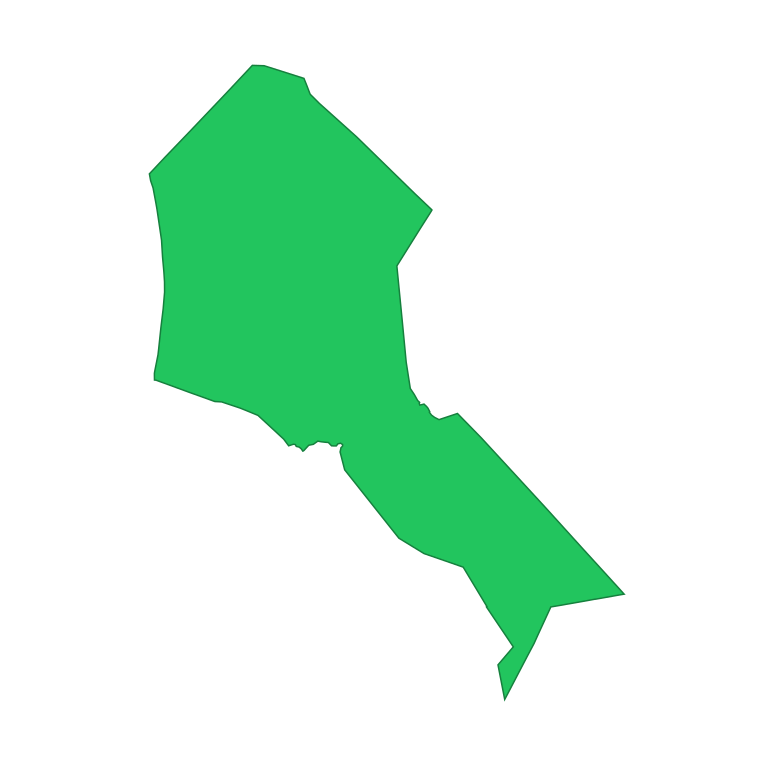 outline of Ad Damar, River Nile, Sudan, rotated 225°
{"feature_id": "16777658B48152145505779", "entity_name": "Ad Damar", "entity_type": "district", "adm_level": 2, "iso_a3": "SDN", "parent_name": "Sudan", "parent_adm1": "River Nile", "projection": "orthographic", "projection_center": [33.881, 17.119], "detail": "fine", "context": "isolated", "style": "filled", "palette": "green", "viewbox_px": 768, "rotation_deg": 225, "n_neighbors": 0, "source": "geoboundaries", "source_scale": "gbopen_adm2", "svg_char_len": 1961}
<svg xmlns="http://www.w3.org/2000/svg" viewBox="0 0 768 768"><g transform="rotate(225 384 384)"><path d="M65.6,405.2L65.8,405.2L77.2,405.8L81.9,406.0L90.4,406.4L129.4,408.2L182.1,410.8L276.8,414.7L311.2,415.1L319.9,397.7L324.5,396.2L328.4,395.6L331.9,396.1L332.1,396.8L334.3,397.5L335.9,398.0L337.9,398.2L338.8,398.2L340.7,398.1L341.5,398.1L342.9,395.8L343.8,394.4L345.4,395.2L345.8,396.2L348.5,396.1L355.2,398.0L362.2,399.4L383.7,415.1L414.6,440.6L419.6,444.7L452.6,471.8L458.4,476.6L468.3,519.6L472.6,538.9L473.1,540.9L473.2,541.0L496.6,540.4L577.9,539.4L628.1,536.7L640.4,536.7L641.4,536.8L649.0,540.2L656.7,543.5L693.8,524.3L702.4,516.2L701.2,478.0L699.9,425.0L699.2,389.4L698.6,370.3L698.5,366.7L692.7,362.7L686.0,359.4L673.3,350.7L667.9,346.9L661.7,342.3L643.0,328.4L630.5,317.3L618.9,307.6L611.4,301.0L604.1,293.8L593.3,281.0L582.0,266.6L568.4,249.8L564.5,244.9L556.4,232.8L554.7,230.3L553.9,229.2L552.7,228.0L549.1,224.5L547.9,225.5L544.0,227.3L540.8,228.8L515.6,240.5L491.2,252.0L486.2,256.5L468.8,265.2L462.7,267.8L450.9,272.7L423.4,273.8L422.9,273.8L416.0,274.1L407.7,272.9L406.4,275.5L405.5,277.3L403.9,278.5L403.1,278.3L402.4,277.9L401.6,278.0L400.7,278.6L399.6,279.3L398.8,279.4L397.8,279.6L396.3,279.6L395.4,279.4L394.0,279.1L393.7,279.6L393.6,280.4L393.6,281.0L393.7,282.8L393.8,285.2L393.9,287.5L391.3,291.4L390.4,296.8L389.5,297.4L387.6,298.7L384.2,301.4L382.0,303.3L377.4,303.2L375.4,305.0L373.9,306.6L374.2,308.3L374.3,309.1L373.3,310.6L372.9,311.4L370.5,311.9L369.5,311.0L369.3,309.6L369.4,308.6L367.0,304.9L351.1,295.5L277.6,287.0L264.4,285.5L235.8,292.4L198.5,310.5L153.8,299.4L153.9,298.8L132.4,294.6L116.5,291.5L107.4,289.7L106.7,289.6L104.8,266.0L75.6,246.3L76.6,249.6L80.4,261.7L84.2,273.8L90.1,292.6L94.4,306.6L97.5,314.8L108.3,344.1L108.4,344.3L101.5,354.0L99.1,357.5L97.3,360.0L87.5,374.0L84.4,378.5L82.6,381.1L82.2,381.5L72.7,395.1L69.5,399.7L65.6,405.2L65.6,405.2Z" fill="#22c55e" stroke="#15803d" stroke-width="1.5"/></g></svg>